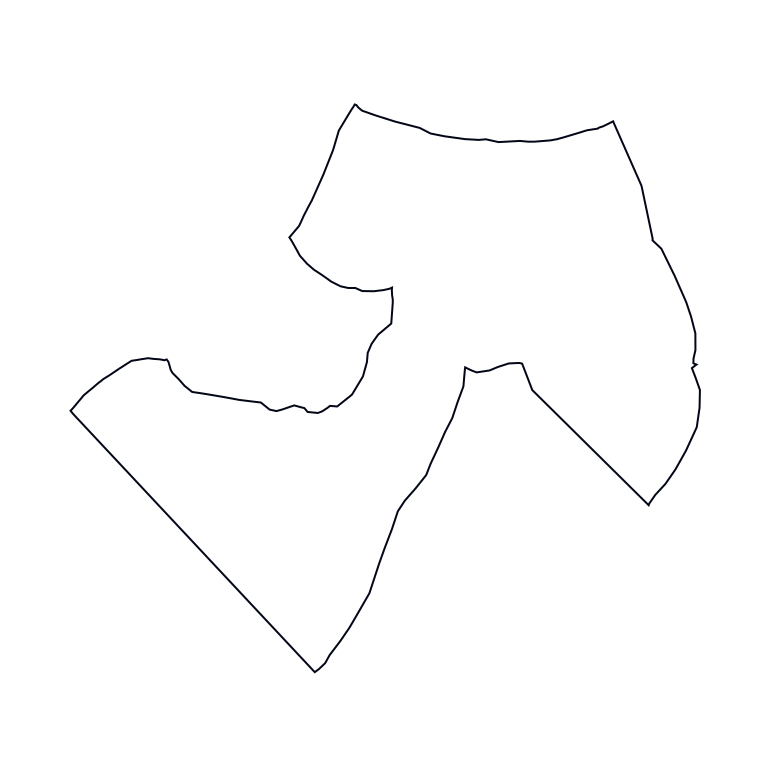 Village, Anse-la-Raye, Saint Lucia (Albers equal-area conic projection), rotated 85°
{"feature_id": "8701671B42639255298272", "entity_name": "Village", "entity_type": "district", "adm_level": 2, "iso_a3": "LCA", "parent_name": "Saint Lucia", "parent_adm1": "Anse-la-Raye", "projection": "albers", "projection_center": [-61.042, 13.939], "detail": "fine", "context": "isolated", "style": "outline", "palette": "ink", "viewbox_px": 768, "rotation_deg": 85, "n_neighbors": 0, "source": "geoboundaries", "source_scale": "gbopen_adm2", "svg_char_len": 2712}
<svg xmlns="http://www.w3.org/2000/svg" viewBox="0 0 768 768"><g transform="rotate(85 384 384)"><path d="M391.9,71.0L390.9,73.0L390.2,74.0L388.9,73.8L385.5,73.4L377.4,70.8L360.7,69.4L343.8,72.2L329.6,75.6L327.6,76.2L301.4,85.1L296.0,87.2L273.4,95.9L264.3,104.0L262.8,103.7L209.0,110.2L142.3,132.9L144.5,138.3L146.5,143.6L147.4,147.7L148.2,148.7L148.3,150.1L148.9,159.1L149.2,161.0L150.1,164.9L150.8,168.2L153.9,183.2L155.2,190.3L155.8,196.8L155.8,200.7L155.7,213.1L155.1,219.6L153.7,227.4L153.0,248.8L149.1,261.2L149.1,263.2L149.1,268.3L147.1,282.0L142.5,302.1L139.5,312.4L138.5,315.8L132.0,326.1L123.5,350.2L115.7,369.0L109.8,382.0L106.2,385.6L103.7,387.2L103.0,388.8L105.2,390.3L106.2,391.2L107.1,391.9L110.4,394.4L127.6,406.9L142.1,412.6L146.2,414.2L170.0,426.1L195.2,440.1L196.6,441.1L202.4,444.9L203.4,445.5L209.1,449.1L216.4,453.2L218.4,454.4L219.2,454.9L229.7,465.5L232.6,463.9L240.0,460.5L247.3,457.3L248.9,456.6L257.5,450.2L264.0,443.9L266.9,440.2L269.9,436.4L277.4,427.6L281.1,421.7L282.9,418.7L285.2,411.4L285.6,407.0L285.9,404.1L289.5,397.6L290.7,386.1L290.4,376.4L289.6,370.3L288.7,367.6L291.0,368.0L296.6,368.2L298.8,368.0L300.4,367.9L301.6,368.0L303.9,368.2L324.4,371.5L334.2,385.4L338.3,389.0L343.0,392.9L349.7,396.5L351.5,397.5L360.7,399.1L367.9,401.8L374.6,404.3L390.8,416.1L391.9,417.0L393.6,419.5L402.3,432.6L401.1,439.7L403.0,442.6L403.8,444.2L405.8,447.8L407.1,452.4L405.2,462.5L401.1,465.4L400.4,467.3L400.1,468.3L397.5,475.3L400.4,487.1L401.1,490.6L401.6,493.6L399.5,500.2L394.2,505.7L391.7,508.3L389.9,517.0L387.7,527.4L387.1,530.1L385.4,536.1L383.1,544.5L379.2,559.4L377.0,568.2L376.0,572.5L375.2,575.8L368.6,582.7L367.0,583.9L361.4,588.0L354.6,593.7L351.2,595.3L349.4,595.6L347.7,595.9L343.2,596.8L340.6,598.4L341.2,600.6L340.3,603.7L339.8,605.7L338.9,611.5L338.5,613.2L337.7,617.0L337.9,619.1L338.1,622.7L338.6,628.7L338.8,632.1L338.9,633.5L339.5,634.6L340.5,636.6L345.7,646.5L351.4,656.8L354.7,663.3L356.3,665.5L357.9,668.2L363.0,675.3L363.5,676.1L368.0,682.6L369.4,684.5L371.2,686.2L374.1,689.1L379.1,694.1L381.4,696.4L382.7,697.9L383.3,698.6L386.5,696.5L665.0,478.1L662.5,473.9L656.9,466.9L649.2,461.7L636.0,449.7L623.8,439.7L618.6,436.0L609.1,429.3L591.2,416.8L562.5,404.5L547.5,397.6L529.4,388.8L512.0,381.3L502.0,373.4L490.6,361.5L478.4,349.9L467.5,344.5L451.8,335.4L436.9,327.2L424.0,319.0L408.1,312.1L393.3,305.1L377.4,302.3L374.5,301.7L376.8,297.9L378.4,295.1L380.5,290.7L380.2,285.8L379.7,277.6L377.0,269.2L374.4,257.9L374.8,247.9L375.1,246.4L375.8,244.6L403.0,236.8L527.8,130.9L526.1,130.1L518.0,123.3L508.0,112.3L494.5,101.1L476.6,88.9L454.3,76.2L435.1,71.7L417.5,69.8L404.7,73.1L395.0,75.9L392.8,72.5L391.9,71.0Z" fill="none" stroke="#020617" stroke-width="2"/></g></svg>